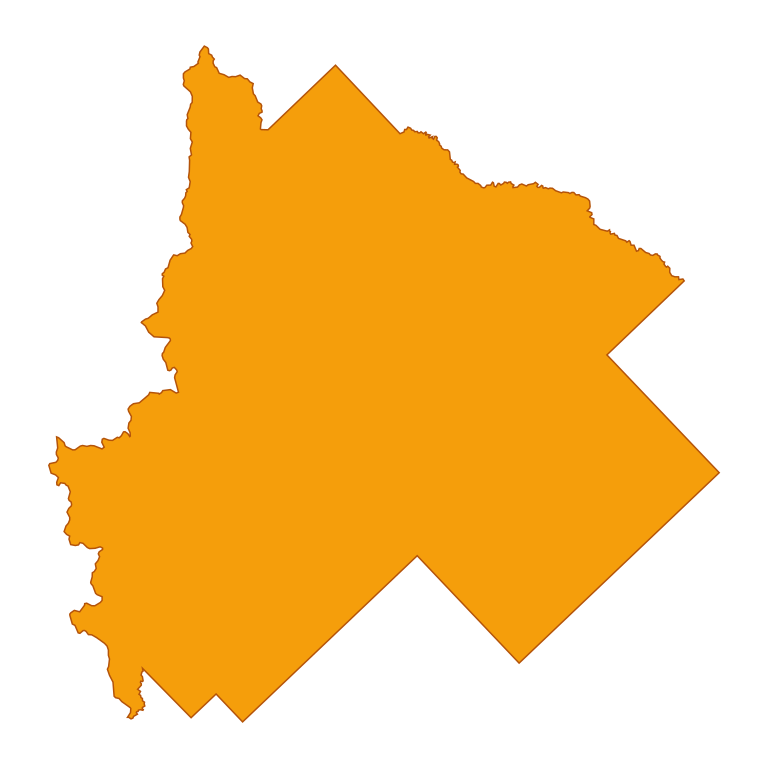 Catan Lil, Neuquén, Argentina
{"feature_id": "61730980B52691065899930", "entity_name": "Catan Lil", "entity_type": "district", "adm_level": 2, "iso_a3": "ARG", "parent_name": "Argentina", "parent_adm1": "Neuquén", "projection": "orthographic", "projection_center": [-70.539, -39.454], "detail": "fine", "context": "isolated", "style": "filled", "palette": "amber", "viewbox_px": 768, "rotation_deg": 0, "n_neighbors": 0, "source": "geoboundaries", "source_scale": "gbopen_adm2", "svg_char_len": 6002}
<svg xmlns="http://www.w3.org/2000/svg" viewBox="0 0 768 768"><path d="M253.2,83.6L249.9,81.9L247.3,78.8L244.6,78.6L240.1,75.1L235.6,76.7L232.0,76.5L228.8,77.4L224.0,74.7L219.2,73.3L216.6,67.6L214.8,66.8L213.1,63.2L213.2,60.8L214.3,59.1L212.4,57.1L211.7,55.2L208.7,53.6L208.4,49.0L207.4,47.7L204.3,46.1L199.9,52.0L199.2,55.1L200.0,56.7L197.9,62.0L198.3,63.3L193.9,66.5L190.3,67.2L189.9,69.0L185.0,71.9L183.4,73.8L183.4,78.0L184.3,80.8L183.3,84.4L183.8,85.9L190.4,91.8L192.3,96.3L192.2,102.4L190.6,104.3L190.2,107.1L187.2,114.7L187.9,118.6L186.8,119.7L186.5,121.1L186.5,125.9L188.3,129.2L190.9,132.3L190.4,138.7L192.3,142.0L190.3,148.4L191.5,154.9L189.1,156.9L189.6,160.3L189.3,171.5L188.5,177.3L190.2,181.6L189.2,187.8L186.3,189.7L187.2,191.5L185.9,192.7L185.6,196.0L184.6,198.2L182.3,200.9L182.3,202.8L183.6,205.6L183.4,207.4L181.4,214.5L179.9,217.0L179.9,219.2L180.3,220.6L185.1,224.2L187.1,227.5L187.9,232.4L190.0,234.4L189.2,236.3L191.6,239.3L191.8,241.1L191.0,243.0L192.7,246.6L191.3,248.5L187.7,250.4L184.9,253.1L180.4,253.7L177.2,255.7L173.7,254.9L173.3,255.4L170.1,260.2L168.0,267.7L165.5,269.0L164.1,272.3L162.3,273.7L162.2,275.1L163.8,276.2L162.5,278.7L162.8,286.7L164.7,290.4L162.3,295.6L159.0,299.5L156.8,303.3L158.0,306.8L158.0,312.1L152.3,314.8L148.2,318.3L145.5,319.1L141.7,321.8L141.3,322.6L145.4,325.9L148.7,332.2L154.0,336.8L167.5,337.6L169.5,338.1L170.3,339.1L170.4,340.6L165.3,347.4L163.7,352.2L162.4,353.5L162.1,355.6L163.3,359.3L165.8,362.5L167.8,370.2L169.5,370.7L170.9,370.1L172.3,368.0L174.3,367.4L176.7,370.0L177.2,371.7L175.1,374.9L174.6,377.7L178.5,392.2L176.2,393.1L170.4,389.6L162.8,390.6L161.5,392.6L159.2,394.1L158.7,393.3L149.8,392.4L148.6,394.9L139.3,402.8L133.5,403.7L132.0,404.7L129.9,406.3L128.1,409.1L128.6,411.3L131.4,416.5L131.0,420.3L128.9,423.0L128.1,428.2L130.1,432.7L130.3,436.1L129.8,436.6L127.8,433.6L125.0,431.7L123.5,431.9L121.4,435.7L119.2,437.8L117.3,437.3L112.5,440.4L109.0,440.2L103.9,438.4L102.3,439.2L101.8,442.3L104.2,447.2L102.0,448.9L94.1,445.8L90.6,445.5L86.9,446.4L82.6,445.5L80.3,446.1L75.1,449.8L72.7,449.9L66.1,446.7L65.1,445.8L64.1,442.6L58.6,437.7L56.6,436.9L57.7,448.0L56.3,452.1L56.4,454.5L58.3,458.0L57.7,460.3L55.9,462.3L49.8,463.6L48.8,465.3L51.1,473.1L55.6,474.9L58.4,477.6L56.7,482.3L56.9,484.8L58.8,485.6L60.6,482.8L64.8,483.4L66.2,485.2L68.0,486.0L70.3,491.8L68.4,498.6L69.1,500.4L71.2,502.1L71.6,504.6L71.3,505.9L68.8,508.4L67.0,512.1L69.7,517.3L69.7,520.0L68.3,523.3L66.0,526.0L64.1,531.6L66.6,534.4L69.7,536.1L69.0,539.1L70.7,544.6L75.3,545.5L78.5,544.9L79.9,542.6L83.0,543.3L87.3,547.5L89.6,548.6L95.1,548.3L100.2,546.8L102.6,548.1L102.6,549.4L99.2,551.8L98.3,553.8L99.6,556.7L98.0,560.6L95.3,563.9L96.2,568.5L94.3,571.5L92.3,572.8L92.2,576.9L90.7,582.3L91.0,583.6L92.9,585.9L95.6,593.3L97.2,594.7L102.1,596.7L102.1,600.4L100.3,602.5L94.8,605.8L91.6,605.7L86.7,603.2L84.7,603.6L84.5,605.3L79.7,611.8L74.3,610.4L70.8,612.8L69.8,614.1L69.9,615.5L72.3,624.0L75.0,625.4L78.2,632.9L79.9,633.3L83.1,630.6L84.6,630.5L86.1,631.4L88.4,634.6L91.7,634.8L96.6,637.6L104.5,643.3L107.1,646.1L108.4,650.0L108.4,655.3L109.5,659.0L108.6,666.6L107.4,669.2L109.5,675.3L113.0,682.1L114.1,696.2L115.6,697.7L119.1,698.5L121.8,701.6L130.3,707.7L130.8,708.6L130.5,712.6L127.5,717.3L128.7,717.3L131.0,718.9L132.8,718.2L133.7,716.3L137.4,714.2L136.3,712.7L136.6,711.8L138.1,711.4L138.4,710.2L140.3,709.7L142.9,710.3L143.3,709.6L142.3,708.8L142.4,707.5L144.8,706.0L144.2,703.8L144.5,702.2L142.5,700.8L142.4,698.4L141.0,697.6L140.6,695.4L139.0,694.3L140.5,691.4L137.6,689.3L141.3,685.2L141.3,683.7L140.4,682.5L140.7,681.2L142.6,681.5L143.1,680.8L142.4,676.6L141.1,675.1L141.9,672.0L143.0,671.2L142.5,668.3L191.1,717.7L216.1,694.0L242.6,721.9L417.2,555.7L519.1,663.1L719.2,472.7L606.9,354.9L684.2,280.9L682.9,279.0L678.9,279.6L678.5,276.8L674.9,276.8L671.7,275.7L669.7,272.3L669.8,268.3L667.7,266.2L666.4,267.1L665.5,266.3L664.0,264.1L664.6,262.1L662.8,261.6L661.3,260.0L660.0,258.1L660.0,256.4L657.5,254.9L657.2,254.0L655.3,253.9L652.9,255.4L650.5,255.0L649.1,253.5L645.7,252.5L640.9,248.5L639.2,248.5L638.4,250.6L636.5,251.2L634.0,245.2L631.1,245.2L630.0,241.5L629.1,240.7L626.8,242.2L625.7,240.8L618.5,238.4L617.0,235.5L614.9,235.0L614.4,233.4L610.6,234.1L610.0,232.8L610.4,231.6L609.6,231.2L609.5,229.9L607.3,231.2L600.1,229.3L595.9,225.3L593.8,224.5L593.8,218.9L589.9,217.3L589.8,216.7L592.0,214.6L591.7,212.7L587.2,210.8L589.7,208.1L590.1,206.4L589.6,201.1L588.0,199.1L585.5,197.7L580.3,196.1L579.1,194.7L576.0,194.9L573.8,192.5L571.9,192.4L569.9,193.5L568.4,192.6L563.2,192.0L561.4,192.8L555.6,190.7L552.5,188.3L549.9,188.1L548.3,188.8L545.5,187.6L543.5,188.2L543.0,187.9L542.8,186.1L541.6,185.4L539.3,187.4L537.8,187.4L536.8,186.3L538.1,184.4L535.4,182.3L533.5,183.7L528.2,184.7L526.4,186.0L521.8,184.0L519.4,184.9L517.5,187.1L513.0,187.6L512.9,186.6L513.9,185.1L511.2,183.5L510.6,181.9L508.5,182.2L507.3,183.3L506.2,182.3L504.4,182.1L503.6,183.4L500.8,185.0L499.4,183.5L498.2,183.4L495.9,186.9L494.2,186.2L493.4,182.7L492.5,182.2L490.7,185.1L486.8,185.2L485.1,187.4L483.8,187.9L481.3,187.0L480.7,185.5L478.0,183.4L475.4,183.4L473.6,181.5L466.7,177.9L463.2,174.1L461.1,173.8L459.9,172.2L460.2,170.4L457.4,167.1L458.4,166.2L458.2,165.0L457.0,164.2L454.6,164.3L455.1,162.0L454.1,162.5L452.5,162.1L451.7,160.2L450.3,159.4L449.5,151.9L447.7,149.9L444.1,149.8L441.8,148.2L441.1,146.2L439.5,144.9L439.6,143.8L438.6,141.6L436.7,140.3L437.2,137.7L436.2,136.4L434.9,136.4L433.5,139.2L432.1,138.1L432.6,136.6L429.1,138.0L428.6,136.8L430.2,135.1L427.5,134.4L425.9,135.1L425.6,134.2L426.3,132.9L425.8,132.1L423.4,133.7L421.0,131.8L419.8,132.9L418.0,132.8L417.4,131.5L414.7,131.7L413.6,130.4L411.7,130.0L410.6,128.2L408.0,127.1L406.5,129.5L404.7,129.5L404.0,132.0L400.0,133.7L335.5,65.2L268.0,129.8L261.2,129.6L260.4,129.0L261.0,122.6L262.0,119.8L260.6,117.7L258.0,115.8L259.3,113.4L262.0,112.2L262.1,111.0L261.2,108.7L261.7,105.8L260.9,104.0L257.7,102.0L255.2,95.8L253.4,93.8L252.3,87.8L253.2,83.6Z" fill="#f59e0b" stroke="#b45309" stroke-width="1.5"/></svg>